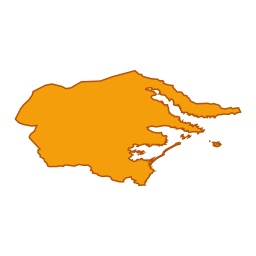 Djúpavogshreppur, Austurland, Iceland
{"feature_id": "244011B85487583844878", "entity_name": "Djúpavogshreppur", "entity_type": "district", "adm_level": 2, "iso_a3": "ISL", "parent_name": "Iceland", "parent_adm1": "Austurland", "projection": "robinson", "projection_center": [-14.412, 64.651], "detail": "fine", "context": "isolated", "style": "filled", "palette": "amber", "viewbox_px": 256, "rotation_deg": 0, "n_neighbors": 0, "source": "geoboundaries", "source_scale": "gbopen_adm2", "svg_char_len": 6039}
<svg xmlns="http://www.w3.org/2000/svg" viewBox="0 0 256 256"><path d="M15.4,119.0L18.5,122.5L23.2,124.4L31.8,126.0L36.8,125.5L34.5,131.0L30.6,134.3L29.4,136.4L29.4,137.9L40.0,149.1L38.0,150.1L38.0,152.7L40.2,155.0L40.1,156.7L43.7,158.7L44.7,161.5L46.6,163.0L47.9,166.1L49.3,166.6L56.6,166.5L60.1,165.9L63.6,166.3L64.2,165.4L66.0,164.9L74.4,166.1L79.0,164.4L83.5,165.3L88.2,165.1L91.0,167.2L91.3,168.7L90.6,170.3L92.4,171.1L92.8,172.2L92.6,173.0L97.6,174.0L98.0,175.1L102.2,176.5L106.7,176.1L110.3,176.8L111.6,179.3L112.6,180.0L119.7,181.8L123.6,181.8L123.8,179.8L125.8,178.0L131.1,176.8L131.9,179.3L135.7,180.5L134.2,181.5L134.1,182.5L138.4,183.6L138.9,185.3L144.9,184.9L144.5,184.5L145.2,182.3L145.8,181.9L145.4,181.2L146.2,180.9L147.0,179.1L149.0,177.0L149.3,175.6L150.1,175.1L150.0,174.3L152.3,173.0L153.4,171.1L154.3,170.9L153.6,170.6L153.3,169.5L150.6,168.6L150.2,167.8L151.2,167.1L150.3,167.0L150.0,166.2L152.0,162.8L156.6,158.6L164.1,154.6L163.7,153.8L164.5,152.1L168.0,149.4L176.3,145.0L179.9,144.2L180.4,143.1L179.4,142.4L175.9,143.5L175.3,144.6L165.8,149.8L163.5,151.9L162.4,154.8L156.0,158.1L154.3,160.1L152.2,161.6L149.6,164.8L149.0,164.8L149.4,164.4L149.1,163.3L149.5,161.9L152.5,159.8L153.6,158.1L149.4,160.2L146.9,160.0L146.3,160.3L146.5,160.8L144.8,160.0L143.5,160.1L141.7,159.1L142.1,158.7L141.4,158.4L139.6,159.7L137.4,159.5L136.6,160.1L136.8,160.5L134.0,161.6L132.4,160.7L132.3,160.0L131.6,160.4L129.7,159.5L128.7,158.4L132.9,154.8L129.6,152.9L131.0,151.9L130.5,151.5L130.7,150.6L130.3,150.1L128.4,150.2L128.3,149.0L128.9,148.0L131.5,147.8L133.7,146.3L133.2,144.6L135.0,144.1L137.6,144.8L138.2,145.2L137.1,146.4L137.7,146.4L138.8,146.1L138.9,145.5L144.5,144.0L146.5,144.3L146.5,145.0L148.7,144.1L149.0,144.3L147.7,145.6L149.2,146.7L151.4,145.6L152.3,144.4L153.0,144.6L152.8,145.3L153.3,144.7L155.3,144.3L155.8,144.9L157.6,144.4L157.6,145.1L159.2,144.8L159.3,145.8L161.3,144.8L162.1,145.5L163.0,144.4L165.2,144.2L164.6,143.8L164.8,143.1L166.8,142.2L166.6,141.2L165.7,141.3L166.1,140.8L166.0,140.1L166.8,139.9L165.8,139.4L166.8,136.5L166.1,135.6L163.9,136.0L162.6,135.6L161.3,132.5L158.6,133.0L153.4,132.3L147.4,129.2L148.2,128.0L147.3,127.4L151.5,126.0L156.5,126.9L163.6,125.6L168.9,125.9L170.6,126.9L170.7,127.4L175.0,127.2L174.6,127.8L176.1,127.9L177.4,128.5L177.1,128.8L182.7,128.2L183.0,128.4L182.4,129.2L184.0,129.1L183.6,130.3L184.8,131.1L187.7,130.6L187.2,131.4L188.2,131.5L188.9,132.4L193.3,131.7L197.4,131.9L198.2,132.4L197.7,132.8L197.9,133.6L199.7,132.0L202.8,131.9L203.2,131.5L202.1,131.0L203.1,130.5L203.6,130.8L204.7,129.5L203.8,130.3L201.8,130.2L200.5,129.2L200.4,128.4L198.5,128.4L197.6,127.4L198.2,126.5L196.5,126.6L196.1,125.5L197.5,124.1L194.9,125.0L194.8,125.5L192.8,126.5L193.0,125.5L193.7,125.4L192.1,125.7L191.7,125.5L192.0,124.8L190.1,125.0L190.7,124.5L190.2,124.2L190.3,123.1L188.0,122.8L185.5,123.3L185.0,123.0L185.1,122.5L183.5,122.6L182.2,122.0L182.4,121.1L181.6,121.9L180.5,121.8L179.8,120.7L180.1,120.2L178.9,119.7L179.6,118.9L179.3,118.6L179.7,117.3L177.6,116.5L174.3,116.5L173.8,115.5L171.6,114.9L170.4,113.2L169.1,112.9L169.0,111.0L168.4,110.1L168.6,107.9L167.8,106.8L167.5,104.8L165.9,104.7L165.2,105.6L163.5,104.0L162.5,101.5L161.9,101.5L161.8,102.4L161.1,101.3L159.8,101.7L156.3,100.0L154.3,100.0L152.1,98.5L151.3,97.3L151.4,96.3L153.1,95.3L155.3,95.2L156.0,94.4L156.0,93.6L153.8,92.1L153.8,91.3L151.7,91.3L148.3,89.8L145.9,89.7L145.7,89.2L146.4,88.3L150.9,87.6L151.9,88.1L151.4,89.4L157.8,89.2L157.7,89.7L159.2,90.3L159.8,91.2L159.6,92.3L160.2,92.7L159.0,93.9L160.5,93.8L161.1,94.7L165.0,95.1L167.6,98.3L168.5,98.7L169.4,100.9L171.2,99.0L173.0,99.9L173.3,101.7L173.8,101.9L173.7,104.8L176.0,105.5L178.5,104.4L178.8,105.0L177.8,105.8L180.0,106.8L179.8,108.2L180.7,108.3L180.6,109.9L181.9,111.5L181.7,112.3L183.8,112.6L183.9,113.3L185.0,112.4L186.9,112.4L187.7,112.8L187.6,114.0L188.9,114.0L188.7,114.6L190.1,114.3L189.8,115.0L192.5,114.1L193.5,114.5L193.2,115.4L194.2,115.5L194.5,116.2L196.0,115.5L196.9,115.7L196.6,116.6L197.6,116.6L197.9,117.3L202.5,116.1L203.2,117.3L204.8,117.7L207.4,116.1L210.2,116.4L210.1,117.5L212.8,116.1L214.0,116.5L213.9,117.5L215.0,117.5L214.7,117.0L215.2,116.5L218.9,114.5L220.2,114.8L223.2,114.0L228.9,114.3L231.6,112.8L233.4,113.3L234.5,114.3L237.2,112.7L240.6,112.1L238.5,107.8L232.2,108.7L231.2,107.6L230.5,107.7L225.1,109.0L221.2,108.2L219.2,105.3L213.6,103.6L211.0,104.2L207.6,103.3L196.4,103.8L190.6,101.1L189.2,98.4L186.9,96.8L186.8,95.8L183.8,95.2L181.8,92.2L177.1,91.9L172.9,87.3L173.0,85.5L168.5,85.0L164.0,83.5L163.4,82.9L163.7,81.5L162.6,80.7L159.8,80.9L157.6,79.3L151.6,78.8L143.5,76.7L141.9,75.6L141.6,74.4L139.2,74.4L134.9,70.7L112.6,76.7L100.2,81.1L81.4,81.8L70.8,87.9L65.9,88.6L61.6,86.4L51.9,84.0L45.5,85.3L33.2,91.5L32.2,95.2L28.7,100.1L23.8,104.6L20.8,108.5L15.4,119.0ZM218.3,143.2L219.4,142.8L217.1,143.3L216.7,142.7L213.6,143.0L213.4,145.0L215.2,145.2L214.2,145.8L215.1,146.2L216.4,145.6L215.7,146.3L216.4,146.6L218.6,146.4L220.4,145.0L219.3,144.6L220.4,144.4L219.9,144.0L220.1,143.5L218.3,143.2ZM143.3,153.5L139.4,150.8L138.5,151.3L137.2,151.1L136.6,151.7L137.4,151.8L137.3,152.5L140.4,152.9L140.7,153.6L140.2,155.0L140.7,154.3L143.3,153.5ZM135.1,151.4L135.4,150.2L131.1,152.0L134.3,152.2L135.1,151.4ZM183.5,134.3L181.5,135.2L181.2,136.2L182.7,135.3L183.5,134.3ZM189.1,136.3L189.2,135.3L188.6,135.1L187.6,136.1L189.1,136.3ZM190.5,136.2L189.4,136.3L188.6,137.5L190.2,136.7L190.5,136.2ZM213.4,143.1L214.1,142.8L214.2,142.3L212.8,142.5L213.4,143.1ZM181.9,139.1L183.9,138.7L184.2,138.5L183.5,138.2L181.9,139.1ZM216.8,142.2L217.8,142.4L218.1,142.2L216.8,142.2ZM182.6,136.9L183.1,137.1L184.0,136.2L182.6,136.9ZM142.6,151.3L143.8,151.6L143.2,151.0L142.6,151.3ZM185.5,137.4L184.8,137.4L184.0,137.9L184.8,137.8L185.5,137.4ZM206.9,118.0L207.5,117.6L207.6,117.2L207.3,117.3L206.9,118.0ZM139.1,154.7L138.2,154.5L137.8,154.7L139.1,154.7ZM201.4,128.6L202.1,128.3L202.1,128.2L201.4,128.6ZM209.2,141.3L209.8,141.4L210.0,141.3L209.2,141.3ZM210.0,141.1L210.3,140.9L209.5,141.0L210.0,141.1Z" fill="#f59e0b" stroke="#b45309" stroke-width="1.5"/></svg>